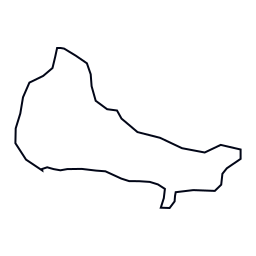 Duarte, Albers equal-area conic projection
{"feature_id": "DOM-1979", "entity_name": "Duarte", "entity_type": "Province", "adm_level": 1, "iso_a3": "DOM", "parent_name": "Dominican Republic", "parent_adm1": "", "projection": "albers", "projection_center": [-70.055, 19.269], "detail": "fine", "context": "isolated", "style": "outline", "palette": "ink", "viewbox_px": 256, "rotation_deg": 0, "n_neighbors": 0, "source": "natural_earth", "source_scale": "10m", "svg_char_len": 771}
<svg xmlns="http://www.w3.org/2000/svg" viewBox="0 0 256 256"><path d="M60.7,48.0L64.1,48.6L75.8,55.7L86.9,63.3L90.7,74.3L91.6,86.2L95.7,100.8L107.1,109.2L117.0,110.5L121.5,118.6L137.5,132.1L160.0,137.8L182.0,148.2L204.7,152.5L220.7,144.9L240.6,149.5L240.6,158.9L231.9,164.8L226.8,168.3L222.4,173.8L221.2,184.7L214.8,190.9L193.3,190.1L175.7,192.2L175.0,196.1L174.6,201.4L169.6,208.0L160.8,207.7L163.8,198.2L164.9,188.9L157.9,184.4L149.8,181.9L139.2,181.2L129.1,181.1L121.3,178.6L113.9,175.2L105.4,171.3L96.1,170.6L81.7,168.9L67.2,169.1L60.4,170.3L53.6,169.1L47.2,167.3L41.1,169.3L42.1,169.0L42.3,170.5L26.0,159.6L15.4,143.2L15.7,128.4L20.3,113.5L23.0,97.3L29.4,82.6L43.2,75.9L52.5,68.0L55.2,56.8L57.1,48.0L60.7,48.0Z" fill="none" stroke="#020617" stroke-width="2"/></svg>